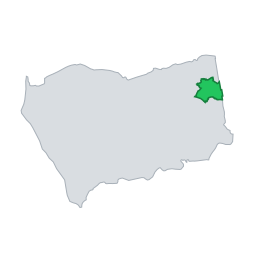 location of Sissala East, Upper West, Ghana, rotated 81°
{"feature_id": "2480657B88326891244380", "entity_name": "Sissala East", "entity_type": "district", "adm_level": 2, "iso_a3": "GHA", "parent_name": "Ghana", "parent_adm1": "Upper West", "projection": "albers", "projection_center": [-1.879, 10.607], "detail": "fine", "context": "in_parent", "style": "filled", "palette": "green", "viewbox_px": 256, "rotation_deg": 81, "n_neighbors": 0, "source": "geoboundaries", "source_scale": "gbopen_adm2", "svg_char_len": 5884}
<svg xmlns="http://www.w3.org/2000/svg" viewBox="0 0 256 256"><g transform="rotate(81 128 128)"><path d="M157.8,26.8L159.8,28.7L160.3,29.8L159.6,34.0L158.1,36.9L157.2,39.7L157.3,41.0L158.2,42.4L161.3,44.5L162.9,45.9L164.8,48.0L166.9,50.0L170.6,52.7L172.1,53.2L172.1,53.9L171.6,55.0L171.3,65.0L171.1,67.6L170.8,68.9L170.5,72.6L170.1,73.1L169.4,73.1L168.8,73.3L168.6,74.0L168.9,74.8L171.1,75.3L170.6,75.9L169.0,76.4L168.2,77.5L168.6,78.8L167.7,79.8L167.9,80.5L168.5,81.0L169.4,80.8L172.0,79.1L173.1,78.9L174.5,79.2L176.9,81.9L177.1,83.1L176.1,87.6L175.1,91.0L175.0,95.5L176.0,98.0L175.9,99.4L174.8,100.7L172.2,102.4L172.4,103.6L173.6,105.8L175.8,108.3L180.1,111.3L182.3,115.3L182.4,117.0L181.1,118.6L179.6,120.0L179.1,122.1L179.9,135.5L176.6,141.3L176.6,143.0L176.9,144.9L177.8,146.1L179.5,146.4L180.9,147.5L180.5,151.6L179.8,155.7L179.7,157.7L179.3,158.7L177.9,159.5L177.5,160.8L177.8,162.4L177.6,163.6L178.3,165.2L179.8,167.1L182.3,171.9L183.3,172.2L183.7,173.3L183.5,174.2L184.4,176.3L187.2,178.4L190.1,180.3L192.4,180.5L193.0,182.2L194.5,184.3L195.7,185.2L197.4,185.8L198.9,186.1L199.0,187.9L196.4,189.1L194.6,191.0L193.3,193.8L191.4,196.9L185.0,198.5L182.5,198.6L169.3,198.7L157.0,204.9L149.8,207.1L145.5,210.5L139.6,212.9L135.4,215.9L126.9,217.3L112.8,222.0L108.4,223.8L104.0,227.0L96.7,230.8L93.9,230.8L88.2,227.2L84.0,225.5L73.6,222.7L65.8,221.7L62.0,220.5L61.0,220.3L61.9,219.0L64.0,219.0L66.3,219.3L68.0,218.4L70.6,218.3L71.2,217.3L71.5,214.7L71.4,212.7L72.3,211.7L72.6,209.3L71.3,204.0L70.5,203.3L65.9,202.6L65.6,201.5L64.8,200.4L63.9,197.6L62.9,193.5L61.4,188.4L58.4,180.0L57.6,177.0L57.1,173.9L57.0,170.3L57.7,169.0L57.6,167.1L57.3,165.2L59.5,161.0L63.7,155.7L64.6,153.8L65.4,152.5L65.5,150.6L66.2,144.5L68.3,137.1L69.5,134.3L70.4,132.8L71.4,130.4L71.7,129.2L75.5,126.3L77.3,125.5L77.7,124.4L77.1,123.1L77.4,122.3L78.3,121.9L79.7,121.5L80.7,120.3L79.1,111.2L77.9,102.1L77.8,101.3L77.0,100.1L76.2,96.3L75.0,94.1L73.1,93.5L73.2,91.4L75.0,87.9L75.5,85.8L74.6,85.2L74.5,83.6L75.1,81.0L74.8,79.5L74.5,77.8L72.6,73.8L72.1,70.9L73.1,69.3L73.1,65.7L72.1,60.1L71.9,56.6L72.6,55.1L72.3,53.7L70.9,52.4L70.8,51.1L72.0,49.9L71.9,48.9L70.4,48.2L69.1,46.4L68.0,43.7L68.2,39.4L70.4,31.4L70.7,30.7L73.2,30.7L73.2,31.1L80.8,31.0L89.6,31.0L100.0,30.9L109.5,30.8L109.9,30.4L111.5,30.0L121.1,30.8L127.1,30.3L129.6,30.6L131.5,31.1L135.6,30.8L137.8,31.0L139.5,33.0L140.2,32.9L141.1,32.1L142.8,31.1L144.5,30.3L145.7,28.8L146.4,27.6L147.5,27.8L149.0,27.7L150.1,26.7L150.5,25.2L157.8,26.8Z" fill="#d9dde1" stroke="#a8b0b8" stroke-width="1"/><path d="M107.5,57.2L107.6,56.9L107.6,56.7L107.8,56.5L108.0,56.1L108.0,55.9L108.1,55.7L109.3,53.4L110.2,51.7L110.5,51.4L111.3,50.6L112.1,49.8L112.5,49.5L113.5,48.9L113.7,48.6L114.0,48.3L114.3,48.2L114.8,47.8L114.6,47.7L114.4,47.7L114.3,47.4L114.2,47.4L113.8,47.2L113.7,47.2L114.0,46.8L113.8,46.5L113.8,46.4L114.2,46.3L114.3,46.2L114.2,45.9L114.0,45.7L113.9,45.6L113.5,45.6L113.1,45.5L113.0,45.4L113.0,45.1L112.7,45.0L112.5,44.8L112.3,44.8L112.1,44.8L112.1,44.6L112.2,44.3L112.1,44.2L111.8,43.9L111.7,43.9L111.1,43.9L111.0,44.0L110.9,43.9L110.8,43.7L110.6,43.6L110.6,42.9L110.5,42.6L110.5,42.1L110.4,41.8L110.4,41.6L110.3,41.4L110.4,40.6L110.5,40.4L110.5,40.2L110.6,39.8L110.5,39.6L110.7,39.4L110.7,39.2L110.9,38.8L111.0,38.7L111.4,38.7L111.5,38.8L111.7,38.7L111.8,38.5L111.8,38.4L111.8,38.2L111.9,37.8L112.3,37.8L112.5,37.8L112.7,37.7L112.8,37.5L112.8,37.4L112.9,36.9L112.6,36.7L112.9,36.2L113.1,36.1L113.3,36.1L113.4,35.8L113.5,35.8L113.5,35.7L113.8,35.6L114.0,35.5L114.0,35.1L114.1,34.9L114.1,34.7L114.2,34.3L114.1,34.2L114.1,33.7L114.1,33.4L114.2,33.2L114.3,32.9L114.4,32.7L114.4,32.3L114.3,32.1L114.3,31.9L114.4,31.7L114.5,31.4L114.5,31.2L114.7,30.9L114.9,30.8L114.9,30.7L114.9,30.3L111.3,30.4L111.2,29.4L104.9,29.5L105.0,30.4L96.7,30.6L96.8,30.7L96.8,30.8L96.9,31.0L97.0,31.1L97.2,31.3L97.4,31.5L97.5,31.6L97.8,31.8L97.8,32.0L97.9,32.3L97.9,32.5L97.9,32.8L98.1,32.9L98.1,33.0L97.9,33.1L97.7,33.3L97.2,33.6L96.6,34.4L96.5,34.6L96.5,34.8L96.2,34.9L95.9,35.1L95.9,35.3L95.7,35.5L95.0,36.0L94.7,36.5L94.5,36.8L94.2,36.7L93.9,36.5L93.6,36.3L93.6,36.2L93.4,36.1L93.2,36.2L92.8,36.1L92.6,36.2L92.6,36.3L92.5,36.5L92.4,36.6L92.1,36.8L91.9,36.9L91.7,36.7L91.7,36.8L91.4,37.0L91.2,37.1L91.3,37.3L91.3,37.2L91.4,37.3L91.3,37.5L91.4,37.8L91.4,38.0L91.5,38.1L91.6,38.3L91.6,38.5L91.8,38.7L91.8,38.8L92.0,39.2L92.1,39.3L92.1,39.5L92.3,39.8L92.4,40.2L92.5,40.2L92.6,40.4L92.7,40.5L92.8,40.8L92.8,41.0L92.9,41.3L93.0,41.5L93.0,41.9L92.9,41.9L92.8,42.2L92.8,42.3L92.7,42.4L92.6,42.6L92.7,42.9L92.5,43.1L92.4,43.3L92.5,43.4L92.5,43.5L92.4,43.5L92.5,43.6L92.7,43.8L92.5,44.0L92.4,44.0L92.2,44.4L92.1,44.5L91.9,44.5L92.0,44.7L91.9,44.9L91.6,45.0L91.4,44.9L91.4,45.1L91.2,45.1L91.4,45.2L91.4,45.3L91.5,45.4L91.4,45.5L91.5,45.6L91.4,45.7L91.6,45.8L91.7,46.0L91.4,46.3L91.1,46.6L91.2,46.9L91.1,47.0L91.1,47.4L91.2,47.5L91.0,47.9L91.1,48.0L91.6,47.8L91.8,47.8L91.9,48.0L92.3,48.4L92.4,48.6L92.5,48.6L93.0,48.6L93.2,48.4L93.4,48.4L93.6,48.4L93.7,48.5L94.0,48.6L94.1,48.8L94.3,49.0L94.5,49.0L94.6,49.3L94.6,49.5L94.8,49.7L94.9,49.9L94.8,50.2L95.1,50.6L95.2,50.9L95.2,51.3L95.3,51.4L95.3,51.5L95.2,51.4L95.2,51.7L94.7,51.9L94.7,52.0L94.8,52.1L95.0,52.3L95.0,52.5L95.2,52.9L95.3,52.7L95.5,52.8L95.8,52.9L95.9,53.1L96.1,53.1L96.2,52.9L96.3,52.9L96.3,52.7L96.5,52.7L96.6,52.4L96.8,52.3L96.8,52.1L97.1,51.8L97.3,51.7L97.4,51.2L97.6,51.2L97.8,51.1L98.2,51.3L98.4,51.2L98.5,51.1L99.0,50.9L99.1,51.0L99.4,50.8L99.5,50.6L99.7,50.4L99.8,50.3L99.8,50.1L99.9,49.9L100.1,49.6L100.3,49.9L100.5,50.0L100.7,50.3L101.1,50.6L101.6,51.2L102.3,52.4L102.3,52.8L102.5,53.2L102.7,53.3L102.9,53.3L103.1,53.4L103.6,53.9L103.8,54.0L104.3,54.4L104.5,54.5L104.8,54.7L105.0,54.8L105.5,55.1L105.9,55.3L106.1,55.4L106.2,55.6L106.4,55.6L106.6,55.6L106.8,55.7L106.9,55.9L107.0,55.8L107.1,56.1L107.2,56.3L107.3,56.6L107.4,56.9L107.3,57.0L107.5,57.2Z" fill="#22c55e" stroke="#15803d" stroke-width="1.5"/></g></svg>